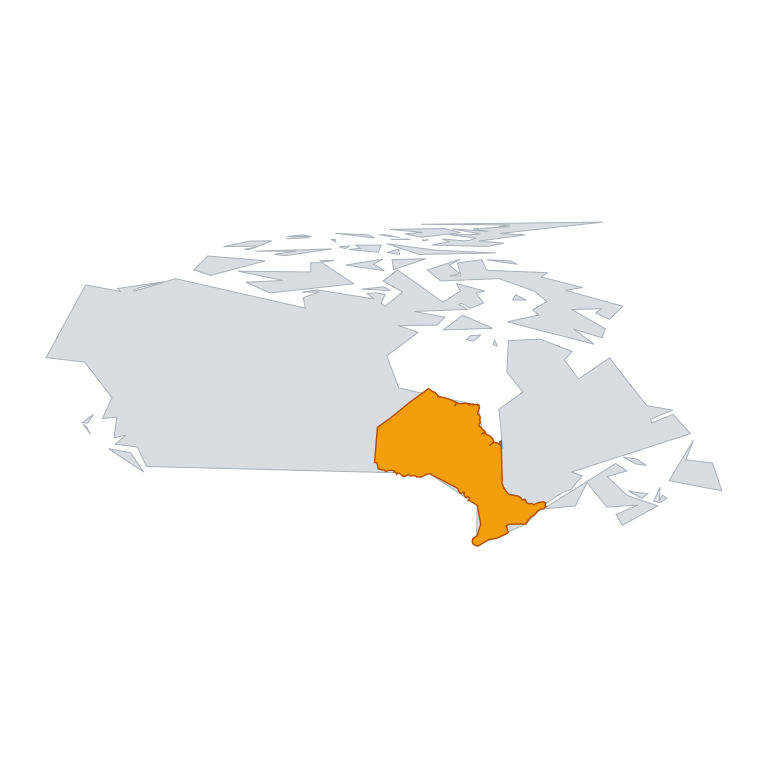 Canada, with Ontario highlighted
{"feature_id": "CAN-682", "entity_name": "Ontario", "entity_type": "Province", "adm_level": 1, "iso_a3": "CAN", "parent_name": "Canada", "parent_adm1": "", "projection": "equal_earth", "projection_center": [-83.246, 49.265], "detail": "medium", "context": "in_parent", "style": "filled", "palette": "amber", "viewbox_px": 768, "rotation_deg": 0, "n_neighbors": 0, "source": "natural_earth", "source_scale": "10m", "svg_char_len": 5608}
<svg xmlns="http://www.w3.org/2000/svg" viewBox="0 0 768 768"><path d="M112.0,397.7L84.8,362.1L46.1,357.6L85.7,284.9L120.5,291.5L117.7,288.5L163.8,281.8L139.9,287.5L133.5,290.4L134.6,291.1L175.5,278.7L305.4,308.1L303.1,297.6L319.4,292.1L301.9,292.1L317.2,289.9L374.5,299.1L367.1,293.7L375.7,292.8L385.2,294.6L381.0,303.2L384.9,306.4L402.5,292.0L383.1,281.1L397.4,269.8L443.2,302.3L460.5,290.9L456.4,283.6L484.9,291.1L476.1,293.2L483.6,303.1L470.3,308.3L462.6,303.8L460.5,303.4L458.6,304.3L467.1,309.4L414.6,311.5L445.0,317.2L437.0,325.2L397.5,325.5L418.1,332.3L386.8,355.9L398.7,388.0L478.0,405.5L482.7,433.4L502.8,448.1L498.9,409.3L522.8,392.0L506.9,372.2L508.3,340.7L540.2,339.1L572.2,351.5L564.4,360.0L578.5,379.0L609.5,357.9L646.7,405.6L672.4,410.1L650.6,419.2L651.7,423.0L673.1,414.3L690.4,433.7L571.6,472.0L582.1,475.8L570.8,489.6L563.2,492.1L546.2,503.2L526.0,524.0L476.2,545.8L477.3,505.2L429.4,473.6L146.6,466.5L137.3,447.0L115.2,444.2L125.9,435.0L114.0,437.7L117.0,417.2L102.4,418.5L112.0,397.7ZM449.4,275.9L461.1,275.8L457.2,263.1L481.9,259.7L486.6,270.3L547.4,272.7L541.4,277.1L582.6,287.5L565.2,290.3L622.8,306.2L609.4,319.3L595.6,312.9L601.5,308.7L571.9,309.5L605.4,329.0L601.9,337.8L573.4,329.0L594.1,344.2L507.2,321.8L539.1,315.0L532.6,309.8L547.0,301.7L534.8,291.4L499.1,278.6L440.6,280.9L427.2,270.0L460.2,259.2L449.3,265.1L459.8,273.7L449.4,275.9ZM421.0,224.3L602.7,222.1L499.9,233.5L525.3,234.9L478.8,241.1L504.0,243.2L486.7,246.5L432.0,245.0L449.4,241.7L442.0,238.9L463.8,240.8L469.2,240.5L475.4,238.0L449.7,234.7L471.3,234.7L480.6,233.9L451.8,228.9L488.3,231.4L473.0,228.7L509.8,226.8L498.7,226.5L509.5,224.9L421.0,224.3ZM238.0,271.2L310.7,272.0L310.5,262.8L321.9,262.6L353.7,283.8L270.1,292.9L245.7,282.2L283.2,280.5L238.0,271.2ZM606.8,507.1L587.0,482.5L575.3,506.0L543.2,508.9L615.6,463.5L626.8,471.0L607.3,476.6L627.2,495.5L657.7,505.8L622.3,525.2L616.1,514.4L638.0,505.0L606.8,507.1ZM207.7,256.0L265.2,260.8L211.0,275.4L193.8,269.9L207.7,256.0ZM389.7,229.4L444.7,228.5L460.5,232.6L421.3,237.2L404.8,233.9L422.5,232.3L389.7,229.4ZM386.6,243.7L435.7,250.2L495.8,253.0L419.0,254.4L386.6,243.7ZM254.8,251.1L331.8,248.9L285.3,255.7L274.0,254.3L296.2,251.3L254.8,251.1ZM693.3,440.3L685.8,459.9L712.4,463.0L721.9,490.8L669.1,480.7L693.3,440.3ZM345.6,265.1L382.7,259.2L373.5,264.0L384.2,270.7L345.6,265.1ZM443.4,329.9L462.7,315.2L492.6,328.3L443.4,329.9ZM392.1,259.7L426.0,258.7L393.6,269.6L392.1,259.7ZM271.7,240.8L259.2,246.0L223.4,246.7L249.7,241.1L271.7,240.8ZM381.3,245.1L378.3,252.3L348.5,249.4L360.2,248.4L355.8,245.2L381.3,245.1ZM335.4,233.3L368.9,234.9L374.6,238.0L335.4,233.3ZM108.7,448.8L130.7,452.7L143.6,472.0L108.7,448.8ZM486.7,259.8L510.2,260.8L517.6,264.4L486.7,259.8ZM361.7,289.1L384.0,286.9L390.4,290.5L361.7,289.1ZM398.3,249.2L399.8,254.5L387.0,252.4L398.3,249.2ZM385.1,234.7L399.6,237.7L379.2,234.8L385.1,234.7ZM515.6,294.7L526.4,300.2L512.6,299.9L515.6,294.7ZM292.7,238.0L309.3,237.7L286.4,238.8L292.7,238.0ZM334.6,260.4L324.0,261.9L319.4,260.8L334.6,260.4ZM659.9,487.3L659.6,500.8L662.4,494.8L666.9,498.5L660.3,502.5L653.7,501.2L659.9,487.3ZM302.6,234.9L311.4,236.4L287.2,236.5L302.6,234.9ZM646.2,465.3L635.9,464.0L623.3,457.1L636.7,459.0L646.2,465.3ZM480.4,335.1L473.1,341.3L466.6,339.5L470.5,335.5L480.4,335.1ZM82.1,422.6L93.4,414.5L87.7,423.1L82.1,422.6ZM391.0,239.6L407.7,239.0L410.5,239.5L391.0,239.6ZM349.8,245.9L345.5,248.6L339.1,246.8L349.8,245.9ZM627.8,490.7L634.0,492.1L647.9,493.6L642.0,498.4L627.8,490.7ZM494.7,340.2L497.4,346.1L493.1,344.6L494.7,340.2ZM257.1,246.9L247.7,249.8L244.3,249.3L257.1,246.9ZM428.7,239.8L423.5,241.0L422.4,240.0L428.7,239.8ZM335.5,239.6L335.4,241.7L330.8,239.2L335.5,239.6ZM83.1,424.3L86.8,426.9L90.3,434.1L83.1,424.3Z" fill="#d9dde1" stroke="#a8b0b8" stroke-width="1"/><path d="M421.4,477.0L416.6,476.9L415.0,475.6L409.8,475.9L408.9,474.3L405.5,476.1L403.0,476.3L399.1,473.1L397.4,473.3L396.6,474.4L395.7,472.2L394.0,472.1L394.5,471.1L392.0,470.4L389.6,470.2L385.4,471.4L384.5,470.1L381.6,469.9L378.0,468.6L377.2,463.1L374.6,462.4L377.4,427.4L390.2,418.3L408.6,403.2L428.5,388.6L432.8,391.6L435.3,392.5L438.1,395.9L437.9,396.7L438.8,396.3L439.9,396.6L439.8,397.2L442.8,397.3L451.0,399.9L456.9,402.8L454.9,405.1L454.6,406.2L456.3,403.9L457.5,403.4L460.9,403.8L466.2,403.1L468.6,404.0L469.0,404.4L468.8,404.7L469.0,404.9L469.0,404.4L468.8,404.0L467.8,403.5L471.9,404.3L473.5,403.9L474.1,404.5L473.7,405.1L476.1,404.5L478.6,405.5L478.3,404.6L479.1,405.1L479.0,406.8L479.5,407.8L477.7,412.3L478.2,414.6L479.3,415.2L480.2,417.7L479.5,419.7L480.3,422.8L479.3,423.6L478.9,426.0L481.0,427.2L481.9,428.8L484.8,431.1L485.5,432.6L482.8,433.0L482.3,433.7L485.2,433.2L486.5,434.6L489.5,435.6L492.6,438.5L494.0,442.1L489.4,445.4L489.9,445.2L489.8,445.6L490.7,444.5L494.3,442.3L497.5,443.1L501.3,446.3L502.2,481.0L501.7,482.6L502.8,484.5L503.0,486.5L507.0,492.4L509.1,494.4L518.0,496.1L520.5,497.5L521.7,499.3L523.7,500.4L524.3,500.2L524.2,499.4L525.1,499.4L526.9,502.8L529.2,503.8L531.7,503.4L533.5,504.8L538.1,502.7L543.4,501.8L545.5,502.7L545.0,505.5L546.1,506.6L543.1,509.0L541.5,508.9L538.5,510.4L533.7,515.4L531.4,516.6L528.9,519.0L525.8,524.0L509.6,524.1L506.0,525.8L507.1,527.9L507.3,530.8L508.4,531.8L507.5,533.2L497.1,538.1L488.3,539.8L478.5,545.8L476.4,545.9L473.0,543.9L472.2,541.6L472.9,538.7L477.6,535.2L478.6,530.4L480.8,524.6L477.3,505.3L469.5,500.6L468.2,500.6L469.6,498.0L468.4,496.9L465.4,497.4L464.4,495.7L463.8,493.5L464.3,492.5L460.5,493.2L458.8,491.3L457.9,488.5L429.6,473.6L427.2,474.1L421.4,477.0ZM501.3,446.1L499.5,443.7L499.8,441.7L501.2,441.0L501.3,446.1Z" fill="#f59e0b" stroke="#b45309" stroke-width="1.5"/></svg>